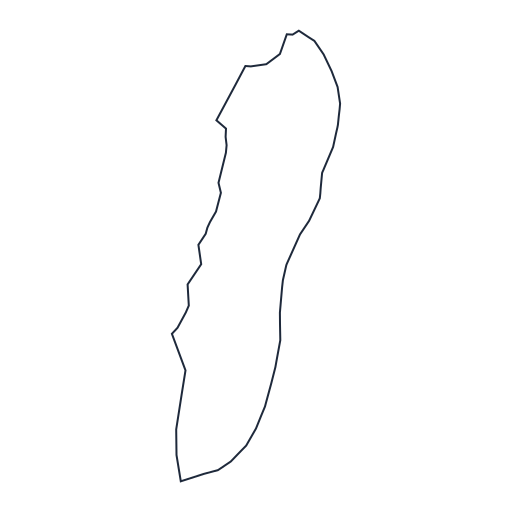 Omumma, Rivers, Nigeria (Natural Earth projection)
{"feature_id": "59680162B88302028338466", "entity_name": "Omumma", "entity_type": "district", "adm_level": 2, "iso_a3": "NGA", "parent_name": "Nigeria", "parent_adm1": "Rivers", "projection": "natural_earth1", "projection_center": [7.241, 5.083], "detail": "fine", "context": "isolated", "style": "outline", "palette": "slate", "viewbox_px": 512, "rotation_deg": 0, "n_neighbors": 0, "source": "geoboundaries", "source_scale": "gbopen_adm2", "svg_char_len": 1072}
<svg xmlns="http://www.w3.org/2000/svg" viewBox="0 0 512 512"><path d="M180.8,481.3L203.8,473.9L218.0,470.1L230.8,461.5L238.1,453.9L241.3,450.6L246.2,445.6L249.8,439.3L256.0,428.5L261.3,415.4L265.0,406.5L266.0,402.7L271.2,383.6L275.4,367.1L276.6,360.3L280.3,340.2L280.0,323.9L279.9,312.6L282.1,287.3L282.9,280.2L286.3,265.2L286.7,264.1L288.0,261.2L300.0,234.4L309.1,220.8L318.3,201.5L319.0,200.0L319.8,198.3L320.3,193.6L320.7,188.0L322.1,173.0L322.5,171.9L323.7,169.3L323.7,169.2L333.1,147.0L335.2,137.3L336.1,133.1L337.4,127.5L337.9,124.9L338.9,115.2L339.6,109.3L340.1,103.6L337.6,87.0L331.6,71.1L324.1,55.4L323.7,54.5L314.4,40.9L308.6,37.2L298.8,30.7L292.6,34.6L286.8,34.3L281.6,49.2L279.9,54.0L266.3,64.2L250.8,66.4L245.4,66.0L235.4,84.9L216.4,120.3L226.0,128.6L225.6,136.9L226.6,145.2L225.9,152.8L218.5,182.8L220.9,192.8L216.0,211.6L210.0,222.0L207.4,227.6L205.7,233.8L198.4,244.8L201.2,264.2L187.6,284.4L188.8,305.6L185.8,312.5L177.5,327.8L171.9,333.8L185.5,370.4L181.9,392.9L176.2,429.4L176.5,455.0L180.8,481.3Z" fill="none" stroke="#1e293b" stroke-width="2"/></svg>